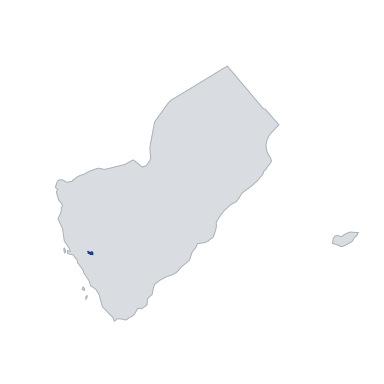 Al Hujjaylah, Al Hudaydah, Yemen shown in context, rotated 339°
{"feature_id": "15242507B15912619562849", "entity_name": "Al Hujjaylah", "entity_type": "district", "adm_level": 2, "iso_a3": "YEM", "parent_name": "Yemen", "parent_adm1": "Al Hudaydah", "projection": "equal_earth", "projection_center": [43.594, 14.987], "detail": "fine", "context": "in_parent", "style": "filled", "palette": "blue", "viewbox_px": 384, "rotation_deg": 339, "n_neighbors": 0, "source": "geoboundaries", "source_scale": "gbopen_adm2", "svg_char_len": 3437}
<svg xmlns="http://www.w3.org/2000/svg" viewBox="0 0 384 384"><g transform="rotate(339 192 192)"><path d="M297.2,160.4L285.5,166.0L282.5,168.5L279.7,171.6L277.6,175.4L276.3,182.1L277.5,188.3L277.4,191.6L274.4,193.8L271.6,195.4L268.5,197.8L266.5,198.4L265.0,200.3L263.2,201.6L256.7,205.1L249.5,207.8L238.1,211.0L233.7,214.5L229.7,216.9L223.6,217.7L215.3,221.0L210.7,223.7L204.9,228.0L203.6,229.4L202.6,232.6L200.9,235.3L197.4,239.9L194.8,242.2L193.1,242.3L189.7,243.6L185.7,243.8L178.9,242.3L177.2,243.4L175.8,245.1L170.6,248.2L165.3,254.5L161.5,256.1L155.2,258.1L150.8,260.7L147.9,261.7L144.1,262.2L137.1,262.0L130.4,262.9L124.2,264.7L121.4,268.0L118.1,273.3L112.7,275.4L111.4,277.3L109.7,281.2L106.2,282.2L103.1,282.9L99.8,281.2L93.7,285.9L91.4,286.6L87.9,286.8L85.5,287.8L83.7,287.5L81.4,285.7L76.7,283.5L73.3,284.9L73.0,280.5L67.2,266.9L68.4,255.1L68.4,253.5L67.3,248.2L63.9,243.4L64.0,237.3L62.9,233.0L62.0,228.5L62.3,227.3L62.3,226.3L60.6,219.4L60.0,218.0L59.8,216.6L60.4,215.5L60.4,214.2L59.4,212.1L58.5,208.1L53.8,204.9L54.8,202.0L55.7,203.0L56.9,203.9L57.2,202.0L57.2,200.5L55.3,191.6L58.1,179.8L57.2,169.1L61.6,164.8L62.7,163.5L63.3,162.4L64.3,159.9L65.8,159.1L66.2,156.6L66.2,155.3L65.3,154.2L64.6,151.2L64.9,147.5L65.1,145.9L65.6,143.0L67.1,141.9L67.4,141.1L66.3,139.2L66.4,138.2L69.0,135.1L70.0,134.2L71.7,133.2L73.0,133.3L74.5,133.8L75.8,134.7L77.1,136.2L78.5,138.0L80.7,138.6L82.1,138.5L83.3,139.2L84.3,138.8L85.4,137.9L87.2,138.0L88.8,136.9L93.5,136.4L97.9,136.8L102.6,135.9L107.2,136.0L111.9,136.0L113.0,136.2L114.0,136.7L118.0,139.4L121.0,140.0L127.0,140.7L133.5,141.5L139.0,142.2L143.8,141.5L147.7,141.0L148.8,141.1L149.9,142.8L152.3,146.9L154.6,150.9L158.5,151.1L161.0,149.6L163.8,147.5L165.4,145.9L167.3,139.5L168.6,135.4L171.4,130.7L173.8,126.8L177.0,121.7L178.7,118.8L182.2,113.2L185.5,111.0L191.9,106.8L198.1,102.7L202.2,100.0L205.7,98.7L211.5,97.7L218.4,96.4L225.3,95.2L232.6,93.9L240.8,92.4L246.4,91.4L253.5,90.1L259.4,89.0L264.7,88.0L270.1,87.1L271.2,90.2L272.3,93.3L273.4,96.4L274.5,99.5L275.5,102.6L276.6,105.7L277.7,108.9L278.8,112.0L279.9,115.1L281.0,118.2L282.0,121.3L283.1,124.5L284.2,127.6L285.3,130.7L286.4,133.8L287.5,137.0L288.5,140.0L290.2,141.0L291.2,143.9L292.7,148.0L294.2,152.2L295.7,156.3L297.2,160.4ZM315.1,286.9L316.5,287.3L318.7,286.2L325.0,286.0L332.7,289.5L331.3,290.5L330.4,291.7L327.1,292.9L323.8,295.6L314.2,296.9L311.3,296.2L308.9,293.6L304.6,290.2L306.3,288.0L306.6,287.0L307.2,286.0L309.7,284.4L312.1,284.6L315.1,286.9ZM56.8,244.7L56.5,245.3L56.1,245.2L54.6,243.5L56.2,241.6L57.1,243.4L56.8,244.7ZM52.3,202.7L51.5,203.4L51.3,202.2L51.8,199.4L52.6,198.6L53.1,200.7L52.7,201.8L52.3,202.7ZM56.1,253.1L54.5,254.1L55.6,251.6L56.7,251.1L57.0,251.2L56.1,253.1Z" fill="#d9dde1" stroke="#a8b0b8" stroke-width="1"/><path d="M76.9,212.0L76.7,212.0L76.5,212.3L76.4,212.4L76.4,212.5L76.2,212.5L75.9,212.5L75.7,212.5L75.7,212.4L75.4,212.3L75.4,212.2L75.2,212.1L75.1,211.9L74.7,211.6L74.4,211.5L74.2,211.5L74.1,211.4L74.0,211.2L73.9,211.2L73.9,210.9L73.8,210.7L73.7,210.8L73.5,210.7L73.5,210.8L73.6,211.3L73.6,211.5L73.6,211.9L73.5,212.0L74.4,212.7L74.5,213.0L74.6,213.3L74.8,213.6L74.9,213.8L75.0,213.8L75.3,213.9L75.5,213.9L75.8,214.1L76.0,214.2L76.1,214.3L76.3,214.4L76.6,214.4L76.9,214.6L77.1,214.3L77.1,214.2L77.0,213.9L77.1,213.7L77.2,213.4L77.3,213.3L77.4,213.2L77.4,212.9L77.2,212.7L77.0,212.4L76.9,212.4L76.9,212.2L76.9,212.0Z" fill="#3b82f6" stroke="#1e3a8a" stroke-width="1.5"/></g></svg>